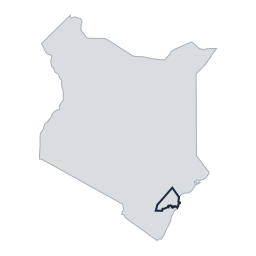 Magarini, Coast, Kenya (highlighted)
{"feature_id": "3690345B44163293085628", "entity_name": "Magarini", "entity_type": "district", "adm_level": 2, "iso_a3": "KEN", "parent_name": "Kenya", "parent_adm1": "Coast", "projection": "orthographic", "projection_center": [39.973, -2.829], "detail": "fine", "context": "in_parent", "style": "outline", "palette": "slate", "viewbox_px": 256, "rotation_deg": 0, "n_neighbors": 0, "source": "geoboundaries", "source_scale": "gbopen_adm2", "svg_char_len": 4570}
<svg xmlns="http://www.w3.org/2000/svg" viewBox="0 0 256 256"><path d="M39.6,159.1L39.5,155.3L40.1,145.7L40.0,137.2L40.5,133.0L42.6,130.3L43.5,128.3L44.2,125.6L45.3,123.4L47.8,121.6L48.2,120.6L50.8,117.5L52.4,113.7L53.6,112.3L55.1,111.1L56.1,110.5L57.8,109.8L59.2,109.5L59.4,109.2L59.5,108.5L59.1,106.1L59.7,105.3L60.6,103.7L61.6,102.2L62.6,101.3L63.1,100.3L63.4,98.6L63.4,97.4L63.4,95.5L63.1,91.0L62.0,87.3L61.4,83.2L61.9,81.8L61.0,79.4L60.6,79.2L59.9,78.7L59.0,76.4L58.3,74.3L57.9,73.8L54.9,72.0L53.5,67.7L51.8,66.7L51.0,62.5L50.8,61.2L51.7,57.0L51.7,56.0L50.7,55.1L47.9,54.2L45.7,52.4L46.0,51.8L46.1,51.2L45.0,50.8L41.6,43.5L46.0,39.1L50.5,34.6L56.3,29.0L61.6,23.8L66.2,19.3L70.3,15.4L70.2,16.1L70.2,17.1L70.7,17.7L71.5,18.2L72.7,17.7L73.7,17.1L74.7,17.0L80.7,18.6L81.8,20.0L81.7,21.6L81.9,22.7L81.5,23.8L80.9,27.2L81.1,30.4L82.9,32.7L84.5,34.5L85.8,37.0L86.7,37.8L88.1,38.2L92.3,38.3L98.5,38.5L104.4,38.6L105.0,38.7L106.3,39.0L111.7,42.5L116.8,45.6L121.0,48.4L125.2,51.0L129.2,53.6L132.3,55.8L135.4,56.4L140.4,56.7L143.9,56.8L147.1,57.7L151.9,58.6L155.4,59.0L157.6,59.5L163.5,60.0L164.5,59.7L167.1,57.3L170.1,53.4L171.2,51.3L175.0,49.1L181.7,46.2L186.4,44.1L191.7,42.0L194.1,43.8L197.3,46.7L198.8,48.2L200.0,48.8L201.8,49.3L203.9,49.3L205.1,49.2L207.5,48.8L213.2,48.5L216.5,48.5L213.7,52.4L210.5,57.1L204.5,65.6L199.9,70.1L196.4,73.6L196.1,74.2L196.1,78.0L196.2,87.3L196.3,105.9L196.3,124.6L196.4,143.3L196.4,152.7L196.5,155.8L199.5,159.7L202.5,163.6L206.4,168.7L208.5,171.4L208.9,172.3L208.7,174.1L205.5,177.9L202.9,179.7L199.3,180.5L198.2,180.3L196.8,179.8L196.3,180.7L195.9,182.1L195.1,181.8L194.5,181.4L194.8,183.9L195.2,185.2L194.7,186.9L192.9,188.3L192.8,189.6L189.0,192.8L183.7,193.2L180.9,194.8L179.7,196.1L178.7,199.0L179.0,203.5L177.6,206.9L177.3,208.6L174.5,210.9L173.3,212.9L172.4,215.0L171.6,215.9L170.7,220.5L169.4,223.3L169.1,224.3L168.8,225.1L167.8,226.8L167.2,227.9L166.7,228.7L163.5,235.9L160.9,239.2L159.0,238.8L157.6,240.0L157.5,240.6L156.8,240.3L155.1,239.1L151.7,236.7L148.3,234.2L144.9,231.8L141.5,229.3L138.1,226.9L134.7,224.4L131.3,222.0L127.9,219.5L125.9,218.1L125.0,217.2L124.3,215.5L124.0,215.1L123.1,214.6L122.0,214.5L121.7,214.2L121.7,213.3L122.1,212.2L123.4,209.9L123.5,208.6L123.2,207.1L122.8,204.7L122.5,204.1L120.2,202.9L115.5,200.2L110.8,197.6L106.1,195.0L101.3,192.3L96.6,189.7L91.9,187.1L87.2,184.5L82.4,181.8L77.7,179.2L73.0,176.6L68.3,174.0L63.5,171.3L58.8,168.7L54.1,166.1L49.4,163.5L44.7,160.9L42.9,159.9L41.3,159.1L39.6,159.1ZM196.8,184.4L196.0,184.6L196.4,183.3L198.8,181.7L199.8,182.1L200.0,182.4L200.0,182.8L199.5,183.1L196.8,184.4Z" fill="#d9dde1" stroke="#a8b0b8" stroke-width="1"/><path d="M168.4,207.3L168.4,207.2L168.3,206.9L168.2,206.8L168.1,206.7L167.9,206.5L167.9,206.3L167.9,206.2L168.0,206.1L168.3,206.0L168.4,205.9L168.5,205.9L168.8,205.8L168.8,205.7L169.0,205.7L169.1,205.8L169.3,205.8L169.5,205.9L169.6,205.7L169.8,205.7L170.0,205.6L170.3,205.6L170.5,205.5L170.6,205.4L170.8,205.4L171.0,205.5L170.9,205.6L170.8,205.8L171.0,205.8L171.3,205.8L171.3,206.0L171.2,206.1L171.3,206.2L171.5,206.1L171.8,206.3L171.8,206.5L172.1,206.6L172.3,206.6L172.4,206.8L172.4,207.0L172.5,207.0L172.6,206.9L172.6,206.7L172.8,206.7L172.8,206.8L172.7,206.9L172.9,207.0L173.0,207.1L172.9,207.2L173.0,207.2L173.0,207.3L173.2,207.2L173.3,207.2L173.5,207.2L173.7,207.3L173.8,207.2L174.0,207.1L174.2,206.9L174.2,206.7L174.3,206.6L174.5,206.6L174.6,206.4L174.4,206.3L174.4,206.2L174.5,206.2L174.8,206.2L174.8,206.3L174.9,206.5L175.1,206.5L175.2,206.4L175.3,206.4L175.5,206.4L175.6,206.5L175.8,206.5L176.0,206.5L176.3,206.5L176.4,206.8L176.4,207.0L176.6,207.4L176.9,207.5L177.0,207.5L177.3,207.7L177.4,207.4L177.5,207.2L177.7,206.9L177.8,206.8L177.9,206.7L178.1,206.4L178.2,206.2L178.3,206.1L178.3,205.9L178.3,205.7L178.3,205.3L178.3,205.2L178.2,205.1L178.2,204.9L178.3,204.8L178.4,204.7L178.5,204.6L178.5,204.3L178.5,204.2L178.6,203.9L178.9,203.7L179.0,203.7L179.1,203.4L179.2,203.2L179.3,203.2L179.5,203.1L179.8,202.9L180.0,202.9L180.0,202.7L179.9,202.5L179.7,202.6L179.6,202.8L179.4,202.9L179.2,202.8L179.1,202.7L178.9,202.7L178.7,202.4L178.6,202.2L178.4,202.0L178.4,201.9L178.4,201.7L178.4,201.4L178.4,201.1L178.5,200.9L178.5,200.7L178.5,200.4L178.5,200.2L178.5,199.9L178.6,199.6L178.8,199.3L178.8,199.1L178.9,198.7L178.9,198.1L178.8,197.9L178.9,197.7L179.0,197.5L179.0,197.3L179.0,197.2L178.9,197.2L178.8,196.9L178.7,196.8L172.3,187.7L168.6,192.0L163.8,197.5L158.8,203.1L158.1,203.9L157.6,204.4L157.4,204.6L155.8,210.7L162.2,210.8L162.5,208.8L163.8,208.8L167.9,207.2L168.4,207.3Z" fill="none" stroke="#1e293b" stroke-width="2"/></svg>